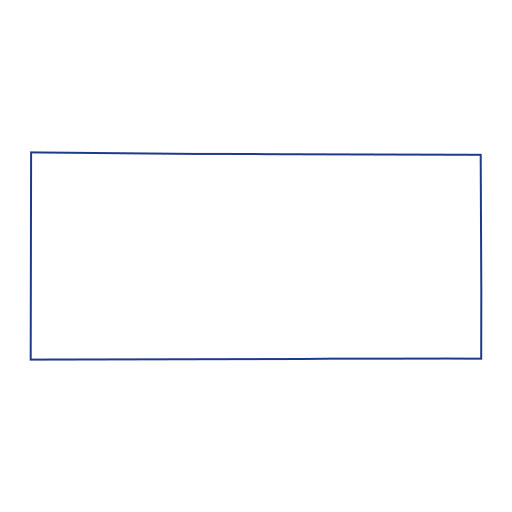 the district of Waushara, Wisconsin, United States of America
{"feature_id": "52423323B36009872159897", "entity_name": "Waushara", "entity_type": "district", "adm_level": 2, "iso_a3": "USA", "parent_name": "United States of America", "parent_adm1": "Wisconsin", "projection": "robinson", "projection_center": [-89.144, 44.114], "detail": "fine", "context": "isolated", "style": "outline", "palette": "blue", "viewbox_px": 512, "rotation_deg": 0, "n_neighbors": 0, "source": "geoboundaries", "source_scale": "gbopen_adm2", "svg_char_len": 293}
<svg xmlns="http://www.w3.org/2000/svg" viewBox="0 0 512 512"><path d="M267.0,154.2L253.0,154.0L190.2,153.9L31.1,152.4L30.7,359.6L302.5,359.0L328.0,358.7L440.3,358.6L442.0,358.5L455.7,358.6L481.2,358.7L481.3,291.3L480.7,154.8L267.0,154.2Z" fill="none" stroke="#1e3a8a" stroke-width="2"/></svg>